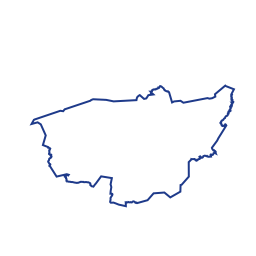 outline of Cosalá, Sinaloa, Mexico, rotated 292°
{"feature_id": "50627088B50408193042815", "entity_name": "Cosalá", "entity_type": "district", "adm_level": 2, "iso_a3": "MEX", "parent_name": "Mexico", "parent_adm1": "Sinaloa", "projection": "robinson", "projection_center": [-106.806, 24.52], "detail": "fine", "context": "isolated", "style": "outline", "palette": "blue", "viewbox_px": 256, "rotation_deg": 292, "n_neighbors": 0, "source": "geoboundaries", "source_scale": "gbopen_adm2", "svg_char_len": 5609}
<svg xmlns="http://www.w3.org/2000/svg" viewBox="0 0 256 256"><g transform="rotate(292 128 128)"><path d="M95.6,37.1L99.4,42.1L98.7,45.8L90.3,54.5L80.3,55.5L80.4,61.9L80.2,61.5L79.9,61.5L80.0,62.2L79.9,62.6L79.6,63.1L79.9,63.3L79.8,63.6L79.7,63.6L79.6,63.3L79.3,63.2L79.1,63.3L78.9,63.6L78.5,63.7L77.8,63.3L76.9,63.7L76.2,64.3L75.0,64.3L74.3,64.5L74.2,64.7L74.3,65.2L73.9,65.8L74.0,66.1L74.5,66.3L74.5,66.8L74.3,67.0L73.9,67.1L73.2,67.0L72.8,67.8L72.1,67.8L71.8,67.7L71.4,67.5L71.3,67.2L70.8,67.1L70.3,66.6L69.9,66.5L69.7,66.5L68.7,66.8L67.5,66.5L66.8,66.6L66.6,67.1L66.1,67.6L65.4,68.5L65.4,69.2L65.2,69.6L64.9,69.7L63.7,69.2L63.4,69.3L63.4,69.7L63.2,70.2L56.2,80.0L62.2,88.5L62.4,90.5L61.7,90.3L61.9,89.8L61.3,88.6L61.3,88.3L61.0,87.7L60.4,87.5L60.0,86.9L59.6,87.4L59.2,87.6L59.2,87.9L59.5,88.0L59.8,87.8L60.0,87.4L60.1,87.5L60.0,87.8L59.9,88.0L59.1,88.5L59.2,89.0L58.1,89.3L57.6,90.2L56.4,90.5L56.0,90.7L56.1,91.1L56.0,91.3L55.9,91.3L55.7,91.5L55.9,91.7L55.9,92.8L56.3,94.0L56.5,94.5L56.5,95.1L56.6,95.4L56.7,95.9L56.9,96.2L57.1,96.8L57.4,98.9L57.7,100.1L57.9,101.1L58.2,101.4L58.3,101.9L58.8,102.7L59.0,102.9L59.5,103.2L60.0,104.0L60.4,104.3L60.5,104.5L60.9,105.9L61.2,106.4L61.3,106.7L61.2,107.1L61.3,107.6L62.2,109.4L62.5,110.9L62.8,111.5L62.7,113.3L62.5,113.8L62.1,114.0L61.6,114.3L61.1,114.3L61.0,114.5L61.0,114.9L60.8,115.1L60.7,115.5L60.4,115.9L60.4,116.5L60.7,117.5L60.7,117.9L63.1,118.5L64.5,119.0L73.1,121.2L75.5,131.8L69.1,133.0L68.6,133.5L66.9,134.7L63.2,135.5L60.9,136.2L61.0,136.3L61.0,136.6L60.7,137.0L61.0,137.3L61.0,138.1L60.7,138.4L60.3,138.3L59.5,138.6L58.8,138.3L56.6,138.0L56.2,138.2L55.8,138.3L55.0,138.7L53.1,139.0L52.6,139.3L52.4,139.8L52.3,140.1L53.4,142.5L53.5,145.2L53.5,148.2L54.1,151.6L54.7,155.3L58.1,153.8L58.1,154.4L58.6,154.5L58.6,155.1L59.0,155.6L59.1,155.9L59.2,156.0L59.5,156.0L59.7,157.6L59.9,157.9L60.2,158.1L60.3,159.0L60.4,159.4L61.1,159.7L61.7,160.1L62.1,160.8L62.0,161.7L61.9,162.2L61.6,162.6L61.8,163.0L61.5,163.2L61.6,163.7L61.8,163.9L62.0,164.1L61.8,164.6L68.4,173.2L77.0,176.2L81.8,185.9L79.5,193.2L88.6,200.4L94.8,198.1L95.5,199.0L105.7,202.6L119.1,197.1L122.5,198.5L122.9,198.4L122.9,198.7L123.3,199.4L123.4,199.8L124.2,201.4L124.1,201.7L123.7,202.1L123.5,202.8L123.3,203.2L123.3,203.7L123.4,203.8L124.3,203.9L124.3,204.4L124.3,204.5L125.1,204.7L125.2,204.9L125.6,205.1L126.1,206.0L126.3,206.1L127.2,206.2L127.2,205.9L128.1,205.0L128.4,205.2L128.4,205.5L128.7,205.7L128.3,206.7L128.1,207.1L128.0,207.6L128.6,208.2L128.8,208.3L129.2,208.4L130.1,208.4L131.1,209.5L131.2,209.9L131.3,212.1L131.6,212.1L131.5,212.4L131.5,213.5L132.6,215.7L132.9,215.5L133.1,215.4L133.6,214.9L134.0,214.6L134.3,214.6L134.5,214.7L134.6,214.8L134.4,215.6L134.6,216.3L134.9,216.6L135.4,216.9L136.5,216.7L136.9,216.9L137.2,217.2L137.3,217.6L137.4,217.9L137.3,218.9L137.8,218.4L138.0,218.3L138.3,218.1L138.7,218.3L138.9,218.1L138.9,217.8L138.8,217.5L139.3,217.2L139.3,216.9L139.1,216.1L139.2,215.9L139.5,215.8L139.3,215.4L140.3,213.8L141.1,213.2L149.7,215.4L152.3,215.6L167.2,218.2L167.7,217.5L167.9,217.0L167.9,216.8L167.8,216.7L167.4,216.7L167.0,217.0L166.8,217.0L166.3,217.0L166.0,216.8L165.8,216.8L165.7,216.6L165.9,216.1L165.9,215.6L165.5,215.3L165.2,214.8L165.3,214.5L165.6,214.6L165.6,214.1L165.7,213.9L166.0,213.9L166.1,213.7L166.1,213.3L166.2,213.2L167.2,212.8L167.3,212.7L167.1,212.0L167.2,211.8L167.4,211.7L167.8,211.8L168.4,212.1L168.8,211.9L169.1,211.9L169.3,212.2L170.4,212.4L171.0,213.1L171.4,213.3L172.2,213.4L173.0,213.7L173.6,214.2L174.7,214.1L175.8,214.5L176.2,215.1L176.6,215.4L177.0,215.6L177.3,215.6L178.6,215.2L178.8,215.8L179.0,215.9L179.8,215.2L180.9,215.0L181.1,215.1L181.1,215.9L181.8,216.3L181.7,215.6L181.9,215.5L182.2,215.5L182.4,215.8L182.5,215.5L182.9,215.4L183.1,215.6L183.4,215.9L183.9,215.9L184.2,215.7L184.4,215.7L184.8,215.9L185.1,215.9L185.1,215.3L185.5,215.2L185.8,215.0L186.0,214.7L186.3,214.7L186.5,215.0L187.0,215.0L187.3,215.4L187.5,215.7L187.4,216.0L187.6,216.0L187.9,215.6L187.9,215.1L188.0,215.0L188.8,215.1L189.1,215.5L189.5,215.5L189.8,215.7L190.0,215.6L190.5,214.6L190.8,215.3L190.9,215.5L191.3,215.9L191.6,215.9L191.8,215.1L192.1,214.9L192.3,214.3L192.9,214.4L193.2,214.3L193.2,214.1L192.8,213.9L192.7,213.8L192.9,213.3L193.8,213.4L194.0,213.1L194.4,213.1L194.5,212.7L195.0,212.7L195.3,212.4L195.6,212.6L195.8,212.4L195.8,212.0L196.1,211.8L196.4,211.6L196.6,211.6L196.9,211.8L197.4,211.9L197.4,211.7L197.2,211.4L197.7,211.7L197.9,211.7L198.0,211.2L203.6,211.7L203.5,202.7L203.7,202.3L191.9,196.0L189.8,197.2L187.1,194.8L185.7,192.5L185.5,190.5L172.2,169.9L172.9,166.5L169.9,160.8L168.2,159.3L176.5,152.7L176.7,152.2L176.6,151.2L176.9,151.1L176.5,149.9L176.7,147.9L177.1,147.7L177.2,147.1L178.1,146.2L178.2,145.5L178.9,143.6L179.0,143.0L178.9,142.1L177.6,141.9L177.4,141.6L177.1,141.6L177.1,141.4L177.0,141.1L176.6,141.3L176.5,141.0L176.4,140.9L176.2,140.9L175.9,140.6L175.7,140.7L175.1,140.1L175.0,139.8L174.7,139.5L174.7,139.4L174.1,139.2L174.0,138.7L173.7,138.1L173.7,137.8L173.6,137.6L173.4,137.4L173.3,137.5L172.8,136.7L172.5,136.7L172.1,136.2L171.6,136.3L171.2,136.5L170.9,136.5L170.7,136.4L170.6,136.1L170.5,135.9L170.3,135.8L170.4,135.6L170.3,135.4L170.2,135.7L169.7,135.8L169.6,136.2L169.4,136.2L169.4,136.4L169.3,136.7L168.9,136.6L169.0,136.9L168.9,137.3L169.0,137.4L168.9,137.6L169.0,137.8L168.9,138.0L168.8,137.9L168.6,137.9L168.8,138.5L168.6,139.0L166.1,134.6L162.3,133.9L161.0,132.0L162.9,126.6L162.0,125.9L160.4,125.1L159.0,125.0L157.0,125.4L147.3,104.7L145.9,97.2L141.6,84.9L140.2,83.4L139.2,82.9L121.6,62.3L119.3,61.6L118.6,58.8L100.8,38.1L100.3,37.7L95.6,37.1Z" fill="none" stroke="#1e3a8a" stroke-width="2"/></g></svg>